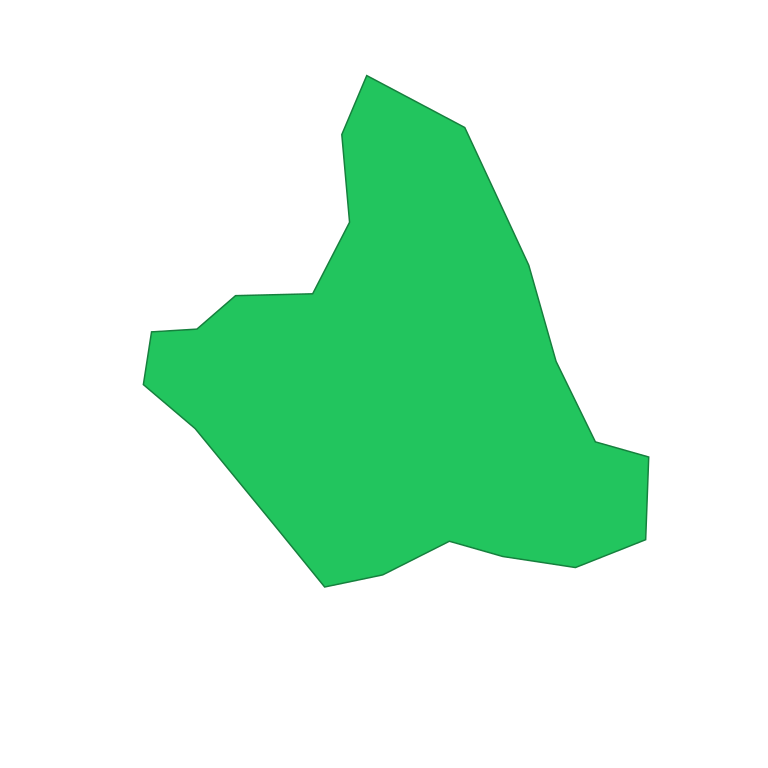 SVG path tracing the border of Štimlje, rotated 58°
{"feature_id": "KOS-5912", "entity_name": "Štimlje", "entity_type": "District", "adm_level": 1, "iso_a3": "XKX", "parent_name": "Kosovo", "parent_adm1": "", "projection": "albers", "projection_center": [20.998, 42.412], "detail": "fine", "context": "isolated", "style": "filled", "palette": "green", "viewbox_px": 768, "rotation_deg": 58, "n_neighbors": 0, "source": "natural_earth", "source_scale": "10m", "svg_char_len": 446}
<svg xmlns="http://www.w3.org/2000/svg" viewBox="0 0 768 768"><g transform="rotate(58 384 384)"><path d="M654.7,244.6L641.1,318.9L593.2,374.7L552.0,411.9L545.2,486.2L524.7,541.9L449.2,551.3L321.7,567.8L257.0,588.4L216.6,553.5L238.3,513.6L230.4,463.1L269.7,396.7L228.6,327.5L150.1,287.6L113.3,235.2L209.3,179.6L284.6,188.9L360.0,198.3L456.0,226.1L545.1,235.4L586.2,198.2L654.7,244.6Z" fill="#22c55e" stroke="#15803d" stroke-width="1.5"/></g></svg>